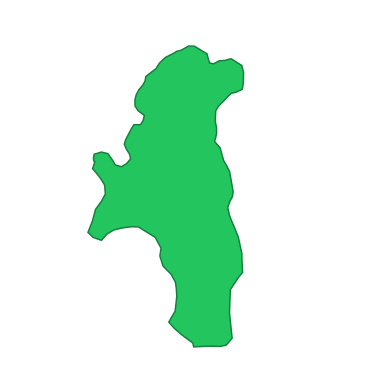 the district of Hadong-gun, South Gyeongsang, South Korea, rotated 208°
{"feature_id": "91817680B17319558643664", "entity_name": "Hadong-gun", "entity_type": "district", "adm_level": 2, "iso_a3": "KOR", "parent_name": "South Korea", "parent_adm1": "South Gyeongsang", "projection": "mercator", "projection_center": [127.804, 35.134], "detail": "fine", "context": "isolated", "style": "filled", "palette": "green", "viewbox_px": 384, "rotation_deg": 208, "n_neighbors": 0, "source": "geoboundaries", "source_scale": "gbopen_adm2", "svg_char_len": 1559}
<svg xmlns="http://www.w3.org/2000/svg" viewBox="0 0 384 384"><g transform="rotate(208 192 192)"><path d="M117.8,56.0L105.5,63.4L94.6,68.9L89.9,72.9L87.9,81.7L102.1,102.8L112.3,123.8L110.9,138.1L109.6,144.8L115.0,153.7L119.1,161.1L129.8,173.8L137.6,180.4L141.9,183.8L148.0,189.0L153.2,195.1L154.1,201.6L154.1,206.8L155.8,211.6L163.6,221.6L168.4,227.7L174.0,231.6L178.8,234.6L187.9,244.2L195.8,247.2L196.6,251.1L197.9,255.5L200.5,260.3L204.4,265.0L206.6,269.4L209.2,275.0L208.8,280.7L206.6,287.6L205.3,292.8L203.6,297.6L200.1,300.6L195.8,306.3L197.9,312.4L200.5,317.6L202.7,321.9L207.5,327.1L214.0,327.6L220.1,328.0L224.8,323.6L229.6,320.6L233.1,315.4L237.0,314.1L240.9,318.0L243.5,321.0L258.3,321.9L263.5,319.3L268.3,311.9L271.3,309.3L274.3,304.5L278.3,298.9L280.0,294.6L281.3,290.2L281.7,284.1L287.0,272.4L285.6,268.1L285.6,263.7L286.9,257.2L286.9,251.6L285.6,246.4L282.6,241.1L277.8,238.5L270.0,237.2L268.7,232.0L269.1,227.3L274.8,224.2L275.2,220.3L275.2,207.7L274.3,202.5L270.0,199.0L264.8,196.0L261.8,192.5L263.1,186.4L266.1,181.2L272.6,179.9L276.5,182.5L284.3,186.4L290.8,184.7L296.1,179.4L294.8,175.4L293.4,173.3L292.1,173.3L290.7,165.9L285.3,163.8L279.2,161.1L272.4,157.1L267.6,149.6L267.6,141.4L269.0,131.3L266.3,119.7L264.9,107.5L258.1,105.5L249.3,106.8L247.3,115.0L243.2,121.8L237.1,127.2L229.7,132.6L222.9,136.0L212.7,135.3L203.2,134.7L193.0,127.9L190.3,120.4L182.8,113.0L172.0,109.6L164.5,104.8L160.5,99.4L156.4,92.6L151.0,79.0L151.4,66.2L143.6,63.3L134.1,61.1L120.3,59.0L117.8,56.0Z" fill="#22c55e" stroke="#15803d" stroke-width="1.5"/></g></svg>